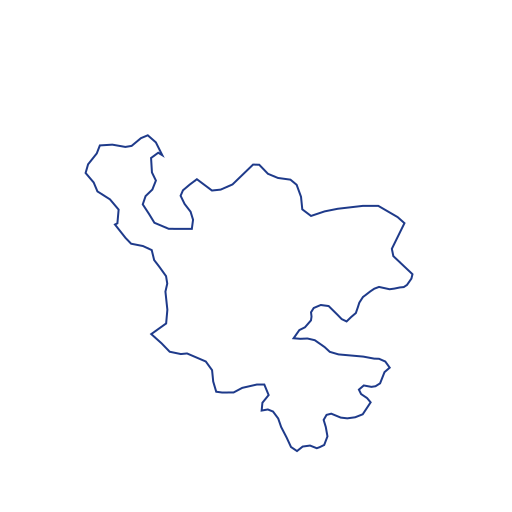 outline of Hwaseong-si, Gyeonggi, South Korea, rotated 226°
{"feature_id": "91817680B58085958229296", "entity_name": "Hwaseong-si", "entity_type": "district", "adm_level": 2, "iso_a3": "KOR", "parent_name": "South Korea", "parent_adm1": "Gyeonggi", "projection": "robinson", "projection_center": [126.871, 37.138], "detail": "fine", "context": "isolated", "style": "outline", "palette": "blue", "viewbox_px": 512, "rotation_deg": 226, "n_neighbors": 0, "source": "geoboundaries", "source_scale": "gbopen_adm2", "svg_char_len": 1998}
<svg xmlns="http://www.w3.org/2000/svg" viewBox="0 0 512 512"><g transform="rotate(226 256 256)"><path d="M376.6,176.4L359.6,174.7L351.6,174.7L341.7,181.6L332.7,185.1L323.8,179.9L315.7,179.0L304.0,177.3L297.8,173.0L293.3,166.1L278.9,154.9L269.9,144.5L272.6,126.4L258.9,127.4L247.1,127.4L237.7,133.8L233.8,138.7L215.0,146.6L204.4,145.1L195.4,138.0L186.0,133.1L181.3,136.8L173.4,145.1L170.7,154.5L162.9,167.4L157.8,172.7L147.2,168.5L146.0,158.7L140.9,152.7L137.4,157.9L132.3,160.2L123.7,159.1L115.5,155.3L104.1,151.9L94.3,148.5L87.2,150.0L86.5,157.2L82.1,163.2L75.5,166.2L74.3,168.9L72.7,173.8L76.6,182.1L84.5,187.4L91.1,190.8L92.7,196.4L90.3,200.6L80.9,204.7L75.8,208.9L71.1,215.3L68.0,222.8L71.1,236.8L76.6,237.2L83.7,235.7L88.4,237.2L88.0,243.6L81.7,248.1L79.3,251.5L78.2,256.8L83.2,267.8L82.8,274.6L90.3,275.7L96.6,273.1L100.1,269.7L109.1,263.3L127.9,247.0L135.8,242.5L142.8,242.1L154.6,239.8L160.9,235.7L165.6,230.4L170.7,225.9L172.6,235.7L170.7,241.7L171.5,250.8L173.8,253.8L177.3,256.5L178.5,261.4L175.8,268.5L169.5,273.5L156.9,273.8L151.1,273.8L146.0,275.7L146.0,282.1L145.6,288.2L148.3,293.5L150.7,298.0L152.2,304.4L151.1,313.9L150.3,318.4L148.3,323.0L144.4,325.6L139.3,329.0L136.5,332.8L133.4,337.7L131.0,340.7L130.3,344.5L131.8,352.1L134.2,355.9L160.5,354.7L166.8,358.7L176.5,385.6L185.6,384.9L207.1,378.8L217.9,367.6L233.2,347.6L240.4,336.4L246.6,323.4L257.4,321.7L267.3,329.5L279.0,334.7L287.0,333.8L296.9,326.0L306.8,321.7L319.4,321.7L323.8,317.4L323.8,307.0L323.8,288.8L328.3,276.7L333.7,269.8L352.3,266.8L353.4,258.0L354.0,249.1L351.7,243.6L343.1,240.8L333.3,239.7L325.8,235.9L320.1,228.7L327.6,220.9L336.2,212.1L350.5,206.0L360.3,208.2L371.8,210.4L375.8,218.2L375.8,227.6L379.8,236.4L388.4,239.2L399.4,248.6L398.2,257.4L393.6,258.6L407.3,262.9L418.0,262.0L420.7,255.1L421.6,243.0L425.2,237.8L435.9,230.0L444.0,220.5L440.4,212.7L438.6,198.9L434.1,191.1L421.6,190.3L412.6,186.8L398.2,190.3L384.8,189.4L375.8,179.0L376.6,176.4Z" fill="none" stroke="#1e3a8a" stroke-width="2"/></g></svg>